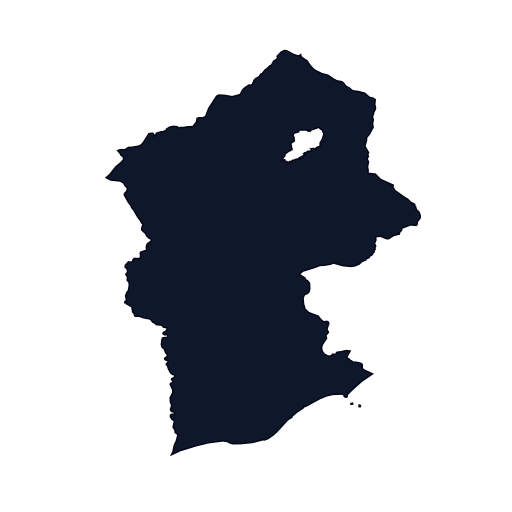 Agam, Sumatera Barat, Indonesia (Equal Earth projection), rotated 277°
{"feature_id": "22746128B89220130199878", "entity_name": "Agam", "entity_type": "district", "adm_level": 2, "iso_a3": "IDN", "parent_name": "Indonesia", "parent_adm1": "Sumatera Barat", "projection": "equal_earth", "projection_center": [100.243, -0.253], "detail": "fine", "context": "isolated", "style": "filled", "palette": "ink", "viewbox_px": 512, "rotation_deg": 277, "n_neighbors": 0, "source": "geoboundaries", "source_scale": "gbopen_adm2", "svg_char_len": 6136}
<svg xmlns="http://www.w3.org/2000/svg" viewBox="0 0 512 512"><g transform="rotate(277 256 256)"><path d="M461.3,275.8L460.2,274.8L459.7,273.4L460.7,268.5L463.4,261.6L463.5,260.3L463.4,259.0L461.3,256.0L456.8,252.6L456.0,253.4L453.6,252.5L451.5,249.6L449.9,249.3L446.7,247.6L446.5,246.6L442.8,243.6L441.9,242.4L437.9,240.0L437.1,238.6L434.2,237.1L432.0,234.0L430.4,232.8L425.8,231.4L424.9,230.2L424.9,228.3L421.9,224.7L419.3,222.5L414.9,220.8L414.0,219.9L411.2,212.8L411.6,206.2L411.3,200.0L410.9,198.8L409.8,197.4L396.8,191.1L388.3,189.0L386.5,186.1L386.3,182.6L385.5,180.8L381.9,180.6L377.8,178.2L376.9,178.1L375.9,172.4L374.6,167.9L374.4,165.4L373.9,165.1L373.8,164.2L374.7,161.7L374.7,159.6L374.5,157.8L373.3,154.4L370.9,151.6L369.6,151.5L368.5,149.2L367.9,148.9L367.9,146.9L365.7,142.2L363.3,141.4L362.4,140.5L364.1,139.8L365.3,138.5L364.4,134.8L354.6,130.2L351.9,128.1L350.8,126.3L348.7,119.4L348.2,116.1L345.6,113.1L345.1,109.3L344.5,107.1L343.7,105.9L341.2,108.7L339.8,109.5L338.2,112.2L335.6,112.8L332.5,110.8L327.7,106.2L319.0,100.9L315.5,97.7L313.7,102.7L313.9,111.4L313.2,114.0L312.2,115.7L309.4,117.9L308.5,119.3L307.5,120.2L304.5,119.8L302.0,117.9L300.6,117.8L293.5,123.0L290.3,126.2L288.9,126.6L287.1,128.7L280.3,133.8L277.0,137.1L274.7,138.6L274.2,140.1L269.8,139.2L267.9,139.4L264.9,143.6L262.6,145.0L260.5,148.0L259.8,150.3L259.4,150.5L257.6,149.7L255.2,146.9L254.1,146.4L251.8,146.0L248.8,146.7L248.2,146.2L245.7,141.0L244.5,140.8L241.5,141.6L239.7,141.0L239.2,140.5L238.7,135.3L237.2,134.4L235.3,134.0L234.6,132.2L234.6,130.1L230.8,127.4L228.9,127.5L227.6,129.5L225.5,130.4L224.0,130.3L221.9,129.0L219.5,131.1L216.3,131.1L214.4,133.2L211.4,133.8L206.3,133.6L204.2,132.3L200.5,131.4L196.7,132.8L195.6,132.4L194.6,131.4L193.5,131.6L193.8,132.9L192.8,133.2L190.4,139.0L185.4,140.4L183.7,142.3L182.1,142.7L181.5,143.4L182.0,147.6L181.1,151.1L180.5,158.8L177.7,161.7L177.4,163.0L175.7,165.7L175.9,170.2L175.6,171.1L174.0,173.0L173.9,176.7L173.3,176.9L170.4,175.8L169.0,173.7L168.3,173.1L167.5,173.2L166.6,174.9L167.0,176.7L166.8,177.8L165.4,178.4L164.2,177.2L163.7,174.3L163.0,173.0L156.8,172.8L153.9,174.0L152.3,176.5L149.4,177.8L146.9,180.2L145.5,180.3L143.8,178.1L143.1,177.8L142.0,178.2L141.5,180.7L141.0,181.6L139.7,181.6L138.3,180.3L137.3,180.2L136.5,181.4L133.0,183.0L129.5,185.6L128.2,187.8L128.0,190.1L127.4,190.4L125.5,189.5L123.9,187.3L122.9,187.3L121.1,189.2L120.5,189.0L119.4,187.1L118.4,186.4L113.2,189.6L111.4,189.9L109.8,189.9L104.8,188.1L100.5,188.9L97.5,190.6L93.2,189.8L91.7,190.8L91.3,191.5L91.1,194.0L90.1,194.7L89.4,194.4L88.4,191.1L87.7,190.5L86.1,190.6L83.5,192.6L82.7,195.1L76.2,194.6L75.4,194.9L73.7,196.6L70.9,197.4L69.4,200.0L68.2,200.2L62.9,199.5L57.9,197.9L51.7,197.5L48.5,196.4L53.5,204.3L60.3,219.4L64.8,231.4L68.5,245.7L68.3,250.6L67.4,252.3L66.8,255.6L67.9,263.7L70.5,275.2L74.5,285.4L74.4,286.7L76.3,290.3L80.4,294.8L84.2,298.1L97.2,307.4L100.4,311.3L101.6,311.5L105.9,315.5L111.5,321.9L113.1,321.7L112.8,323.6L122.2,336.7L125.8,343.2L127.9,348.7L129.4,357.8L129.1,360.0L127.5,360.6L126.9,361.6L126.8,362.8L127.4,363.6L129.4,363.4L136.8,369.3L144.7,376.3L153.2,386.0L155.8,377.8L157.2,375.2L161.3,374.7L162.3,373.0L162.8,368.7L162.4,364.7L163.2,364.2L164.1,361.8L164.9,361.4L165.7,359.1L167.4,358.6L173.2,361.0L173.1,356.9L171.3,352.0L170.4,348.4L170.0,347.7L168.7,347.5L167.9,346.3L167.9,343.9L166.8,343.8L165.7,341.6L165.4,339.7L166.9,335.9L169.7,333.2L173.6,332.1L176.7,332.9L182.9,336.1L185.7,334.9L189.0,337.2L192.0,335.3L197.9,336.5L199.3,335.9L199.8,334.0L199.2,332.6L199.2,330.4L201.0,327.9L203.9,325.1L206.2,315.4L209.2,311.2L214.1,309.1L220.2,307.8L223.5,308.8L225.0,311.5L226.9,313.0L229.8,313.4L235.6,312.4L237.8,310.0L238.6,308.0L240.0,307.5L242.7,301.9L243.8,301.7L246.7,304.4L252.0,316.1L254.4,320.5L255.1,324.7L257.0,331.2L258.5,333.4L257.0,343.4L257.2,351.3L258.2,355.3L260.7,359.6L263.2,361.5L265.5,365.5L266.5,365.5L268.1,368.4L269.7,368.8L270.8,370.6L274.6,372.8L276.1,372.6L277.3,373.5L278.4,372.9L280.5,373.6L282.9,372.0L286.0,373.0L287.3,373.0L288.3,372.2L289.9,373.2L290.8,377.1L289.2,382.8L289.2,385.3L293.2,390.2L295.2,395.6L296.7,395.5L299.1,397.2L301.5,397.5L305.7,405.7L305.9,411.3L307.3,412.1L309.3,411.8L313.7,414.3L316.3,414.0L319.4,412.5L319.6,411.3L320.5,411.2L320.6,410.6L321.9,409.4L324.7,408.2L325.7,406.9L326.7,407.2L328.1,403.3L330.9,399.5L332.5,395.9L338.1,385.6L341.3,383.5L343.1,383.5L347.2,370.2L351.8,364.5L351.8,358.0L352.5,356.6L354.4,357.0L358.0,355.8L363.2,356.2L365.8,354.4L368.7,355.4L370.2,354.5L372.3,355.1L378.3,350.7L384.5,351.6L387.3,351.4L390.5,353.6L398.2,356.6L401.5,355.5L405.4,355.8L408.7,354.6L411.6,355.4L412.4,355.1L416.3,356.6L418.1,356.5L420.7,355.4L425.7,355.3L427.0,353.0L427.3,349.4L427.8,348.5L430.8,344.2L431.8,336.9L431.6,334.0L432.2,330.9L434.2,328.2L435.5,324.5L438.3,321.9L439.5,319.8L439.7,315.0L441.0,311.5L444.2,305.4L445.0,299.2L447.4,292.4L448.7,290.0L451.8,286.4L455.9,282.9L458.8,277.2L459.8,276.3L461.3,275.8ZM387.0,286.8L387.1,291.6L386.3,292.4L386.6,294.7L387.6,295.0L391.5,303.0L390.1,304.2L389.2,306.4L386.1,308.0L385.9,308.6L380.0,307.6L376.1,305.9L373.1,306.2L372.0,305.2L371.8,304.1L370.7,302.6L370.0,302.6L369.4,301.7L369.8,300.2L369.5,300.0L369.6,299.3L369.2,297.9L369.1,298.2L366.7,297.5L366.2,294.5L364.5,292.8L364.3,291.6L363.3,291.9L363.2,291.3L362.8,292.0L362.6,291.3L361.2,291.0L360.9,290.0L360.2,290.3L360.3,289.8L359.0,287.0L358.4,287.0L358.0,288.2L357.7,288.1L357.9,287.4L357.2,286.7L357.6,285.8L356.9,284.6L357.0,284.1L356.2,282.5L355.4,281.9L355.5,280.7L353.8,279.2L354.1,278.2L352.9,277.7L353.3,275.9L352.1,275.5L352.8,274.0L353.4,274.1L353.1,273.5L353.4,272.6L354.7,273.1L355.0,272.7L354.4,270.1L357.2,271.2L358.8,272.3L361.0,272.5L364.0,275.8L364.7,277.1L365.5,277.7L365.9,278.8L366.6,278.8L368.6,277.7L370.1,277.7L371.5,276.2L374.9,280.1L377.8,279.3L377.9,278.9L378.5,279.2L379.9,278.2L380.2,277.5L382.7,279.1L384.5,283.3L386.3,283.0L386.7,286.9L387.0,286.8ZM120.5,376.4L119.0,376.7L119.1,377.8L120.1,378.0L120.6,377.4L120.5,376.4ZM121.2,368.4L120.6,368.1L120.4,368.4L120.8,370.0L121.5,370.0L121.7,369.5L121.2,368.4Z" fill="#0f172a" stroke="#020617" stroke-width="1.5"/></g></svg>